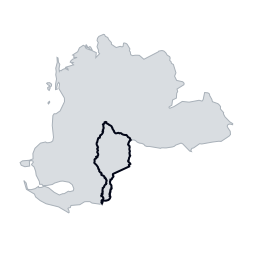 Apure highlighted on a map of Venezuela, rotated 276°
{"feature_id": "VEN-25", "entity_name": "Apure", "entity_type": "State", "adm_level": 1, "iso_a3": "VEN", "parent_name": "Venezuela", "parent_adm1": "", "projection": "equal_earth", "projection_center": [-69.326, 7.078], "detail": "fine", "context": "in_parent", "style": "outline", "palette": "ink", "viewbox_px": 256, "rotation_deg": 276, "n_neighbors": 0, "source": "natural_earth", "source_scale": "10m", "svg_char_len": 8650}
<svg xmlns="http://www.w3.org/2000/svg" viewBox="0 0 256 256"><g transform="rotate(276 128 128)"><path d="M216.1,89.5L218.6,93.9L218.4,94.9L216.8,95.9L215.9,98.4L214.0,99.5L211.3,102.5L209.5,102.8L206.8,107.8L208.4,111.7L208.0,113.6L208.7,114.6L211.9,114.7L212.2,115.8L211.8,117.4L211.2,118.4L206.9,121.6L204.8,121.3L204.0,122.3L201.2,123.0L200.4,124.9L201.1,127.4L201.5,131.6L198.0,136.6L206.8,150.0L207.7,150.6L208.6,153.7L208.3,155.6L206.8,157.7L204.6,159.3L203.3,162.0L202.0,162.6L199.6,162.4L198.4,163.9L196.9,164.4L195.9,166.5L187.9,169.9L184.4,168.9L180.4,171.4L179.7,177.6L178.4,179.1L176.9,179.1L171.9,172.7L169.4,173.6L167.7,172.8L162.8,173.0L160.5,169.4L155.3,169.2L153.3,166.7L152.4,166.7L152.0,167.5L154.1,171.5L160.1,179.2L160.1,186.1L163.0,195.8L162.5,198.8L164.1,199.8L171.3,200.5L171.3,203.9L170.3,205.5L168.9,205.8L165.2,208.4L163.0,209.2L161.6,214.9L160.4,216.5L159.0,217.8L156.6,217.9L153.3,221.5L152.1,221.4L149.3,223.2L144.8,228.5L143.3,231.7L142.2,231.7L142.6,228.9L142.1,227.4L141.0,226.6L140.0,226.5L138.8,227.2L135.4,230.0L132.2,230.6L130.4,229.3L124.4,222.0L124.3,219.6L122.9,213.7L119.8,203.0L119.9,200.9L115.1,195.4L114.4,193.6L112.4,192.8L111.2,193.6L111.5,191.8L118.0,184.0L118.5,182.3L116.0,177.3L114.6,175.9L113.8,174.2L112.2,168.1L111.8,163.5L111.2,162.5L111.9,151.2L111.6,148.7L112.1,146.8L113.4,145.5L114.1,143.5L114.2,140.8L115.0,138.5L116.3,136.8L116.8,135.1L116.2,132.3L115.0,131.1L111.1,130.3L110.1,131.1L102.9,132.7L99.4,132.7L96.7,131.9L94.6,132.2L92.2,133.7L91.0,132.8L90.1,133.3L80.7,118.3L77.2,117.9L72.5,115.8L68.8,117.5L67.3,117.7L60.7,116.9L57.0,117.6L55.5,116.9L54.5,115.7L52.8,110.8L50.3,110.0L49.3,108.0L49.6,100.0L50.8,97.8L50.4,94.2L50.1,92.5L46.7,88.1L45.0,79.4L42.8,78.9L42.2,77.0L41.5,76.7L39.7,77.9L37.8,78.3L37.4,77.9L42.3,67.2L44.1,54.5L46.6,48.3L49.8,43.3L52.5,41.9L56.4,33.4L64.9,29.9L62.6,32.5L57.6,34.1L56.4,35.2L56.5,38.0L58.0,42.0L60.6,45.1L59.4,45.5L59.9,48.3L61.1,50.3L61.2,51.5L60.2,55.4L56.3,61.4L54.2,66.7L55.8,69.8L56.0,71.4L58.9,75.3L58.6,76.9L59.9,80.1L61.9,80.5L65.8,78.5L67.9,75.1L68.4,68.7L68.0,66.4L65.6,60.8L63.9,58.6L62.5,53.8L61.8,49.4L63.0,48.3L62.8,46.0L65.6,45.4L71.5,41.6L75.2,40.7L79.4,38.7L81.2,36.1L81.8,35.9L84.0,37.4L85.1,36.9L85.5,35.7L84.9,33.3L79.9,34.2L78.7,29.5L79.8,25.7L82.4,24.3L84.3,26.5L85.6,33.3L87.4,36.8L92.7,36.1L98.1,37.6L103.8,42.5L105.5,47.5L104.8,48.8L105.2,51.0L106.0,53.1L107.3,54.5L110.9,54.9L122.6,52.4L132.5,52.0L134.4,53.0L134.6,54.9L137.9,58.7L147.5,62.1L151.2,61.6L160.0,55.1L164.8,55.3L166.1,54.3L164.4,53.3L160.4,52.9L159.3,53.6L158.6,51.9L164.2,51.4L169.3,51.8L173.3,50.6L176.6,50.7L179.9,49.9L186.0,50.8L190.8,50.0L190.3,51.1L186.1,52.0L184.2,53.5L180.0,53.2L177.1,53.8L178.0,54.2L178.0,55.8L178.8,56.2L180.1,58.2L180.5,59.8L179.4,62.4L180.6,62.1L181.3,61.3L181.3,59.5L182.0,59.8L185.1,67.3L186.4,65.5L187.3,66.6L187.3,63.7L188.3,63.8L190.6,65.7L192.9,70.0L192.5,66.7L194.4,66.7L194.8,65.3L198.6,70.0L202.6,71.3L205.6,74.9L204.9,76.6L203.2,77.5L202.5,78.6L201.2,84.2L199.6,88.6L194.6,88.6L198.9,92.0L200.3,90.6L202.4,90.5L205.6,88.7L209.9,89.5L211.7,88.1L214.1,88.3L216.1,89.5ZM164.5,43.0L164.9,45.4L163.6,47.4L161.8,47.5L160.4,46.1L159.6,46.4L157.1,45.7L157.8,44.5L159.6,43.8L161.0,45.3L162.1,45.4L162.4,44.2L163.9,42.4L164.5,43.0ZM204.7,82.3L202.1,84.1L201.9,82.3L204.0,80.1L204.9,81.4L204.7,82.3ZM146.3,47.1L145.6,47.5L143.6,46.5L144.1,45.9L145.1,45.9L146.3,47.1ZM205.2,78.9L203.6,79.5L204.1,78.1L205.7,77.4L206.4,77.7L205.2,78.9Z" fill="#d9dde1" stroke="#a8b0b8" stroke-width="1"/><path d="M51.3,110.4L50.6,110.2L50.3,110.1L50.9,109.7L51.1,109.5L51.3,109.3L51.6,109.3L52.3,109.5L52.6,109.5L53.1,109.3L53.3,109.4L53.5,109.6L53.7,109.9L53.8,110.0L54.3,110.4L54.7,110.7L55.3,110.9L55.5,110.9L55.9,110.8L56.0,110.7L56.6,110.2L57.0,110.0L57.2,109.9L57.3,109.8L57.5,109.4L57.8,108.6L57.7,108.5L57.9,108.4L58.2,108.5L59.0,108.8L59.3,109.3L59.4,109.5L59.6,109.5L60.2,109.6L60.4,109.6L60.6,109.5L60.6,109.3L60.9,109.5L61.0,109.5L61.3,109.3L61.5,109.3L61.9,109.5L62.0,109.5L62.3,109.5L62.4,109.3L62.7,109.1L62.9,109.1L63.4,109.2L64.4,109.1L64.9,109.2L65.4,109.4L65.7,109.2L66.0,109.5L66.3,109.9L66.5,110.1L66.8,110.2L67.1,110.5L67.3,110.5L67.6,110.4L68.2,110.6L68.7,110.9L69.3,111.3L69.7,111.9L69.9,111.8L70.2,111.9L70.4,112.1L70.7,112.3L70.9,112.2L71.5,111.9L72.2,112.0L72.9,112.2L73.5,112.3L74.0,112.1L74.3,111.5L74.5,111.4L74.8,111.5L75.1,111.4L75.3,111.2L75.6,110.8L75.7,110.5L75.9,110.6L76.0,110.6L76.2,110.1L76.2,109.8L76.4,109.7L76.7,109.7L77.0,109.7L77.5,109.3L77.8,108.8L78.1,108.1L78.4,106.8L78.5,106.5L79.2,106.3L79.3,106.3L79.6,106.5L80.0,106.5L80.3,106.3L80.6,106.1L80.8,105.8L80.8,105.4L81.0,105.0L81.3,104.6L81.6,104.4L82.2,103.8L82.4,103.8L83.1,103.8L83.3,103.8L83.5,103.6L84.1,102.9L84.3,102.8L84.6,102.9L84.8,102.7L85.2,102.4L85.4,102.4L85.7,102.3L86.0,102.2L88.1,100.3L89.6,98.3L89.9,98.1L90.2,98.1L90.9,98.3L91.4,98.3L93.0,98.0L93.3,98.1L93.8,98.5L94.0,98.6L94.2,99.2L94.3,99.3L94.8,99.5L95.1,99.8L95.2,99.7L95.3,99.6L95.9,99.5L96.1,99.4L96.4,99.9L96.6,100.3L96.5,100.6L96.8,100.6L97.3,101.0L98.2,101.2L99.4,100.9L99.6,100.8L99.8,100.6L100.5,100.0L100.7,99.9L101.6,100.0L101.9,100.1L102.4,100.5L102.7,100.5L103.0,100.3L103.5,99.8L103.8,99.6L104.0,99.5L104.3,99.7L104.6,100.0L104.9,100.0L105.2,99.9L105.5,99.9L105.6,100.1L105.8,100.2L106.1,100.0L106.5,99.6L106.9,99.5L107.1,99.4L107.3,99.1L107.8,98.9L108.2,98.6L108.5,98.5L109.8,98.4L110.1,98.5L110.5,98.8L110.8,98.9L111.1,98.8L111.7,99.0L113.0,99.1L113.6,99.3L113.9,99.4L114.2,99.5L114.5,99.4L114.6,99.6L115.0,99.8L115.3,100.1L115.4,100.4L115.3,100.7L115.4,100.9L115.5,100.9L115.8,100.9L116.2,101.1L116.3,101.1L116.8,101.1L117.1,101.0L117.3,101.0L118.1,101.4L118.2,101.6L118.3,102.0L118.5,102.2L119.0,102.5L119.4,102.9L119.6,103.0L120.2,103.2L120.5,103.4L120.7,103.5L121.1,103.5L121.6,103.1L121.9,103.0L122.4,103.6L122.7,103.5L123.0,103.3L123.3,103.2L123.4,103.3L123.5,103.4L124.9,103.7L125.2,103.6L125.3,103.6L125.4,103.8L125.5,103.8L125.8,103.8L127.1,103.3L127.4,103.3L127.7,103.3L127.8,103.3L128.3,103.1L128.6,103.1L128.7,102.8L128.8,102.7L129.1,102.8L129.3,103.2L129.6,103.4L129.7,103.5L129.9,104.0L130.3,104.2L130.7,104.3L131.2,104.1L131.3,104.2L131.6,104.7L131.7,105.0L131.7,105.3L131.6,105.7L131.4,105.7L131.1,105.9L130.5,106.3L130.3,106.6L130.1,107.0L130.0,107.5L129.8,107.8L129.6,108.4L129.5,108.5L129.1,108.9L129.1,109.0L128.9,109.7L128.1,111.3L127.8,111.6L127.5,111.8L127.0,111.9L126.8,112.0L126.5,112.4L126.4,112.5L126.2,112.6L125.7,112.6L125.4,112.8L124.7,113.5L124.1,113.8L123.9,113.9L123.7,114.2L123.6,114.4L123.3,114.5L122.7,114.6L121.6,115.8L121.4,116.3L121.5,117.0L121.8,117.8L122.1,118.6L122.2,119.0L122.1,119.4L121.9,119.7L121.8,120.1L122.0,120.3L122.1,120.7L122.1,121.4L122.0,121.9L121.8,122.2L121.5,122.4L121.3,122.8L120.9,124.0L120.7,126.0L120.7,126.3L120.9,126.7L120.9,126.9L120.8,127.2L120.6,127.5L120.4,127.8L119.8,128.2L119.7,128.3L119.4,128.7L119.2,128.8L118.9,129.0L118.7,129.7L118.3,130.6L118.1,130.9L117.9,131.1L117.7,131.1L117.3,131.1L117.1,131.2L117.0,131.3L116.8,131.7L116.6,131.9L116.1,131.9L115.7,131.5L115.4,131.0L115.0,130.7L112.9,130.0L111.9,129.9L111.7,129.8L111.4,130.0L111.2,130.3L111.0,130.5L110.9,130.5L110.7,130.5L110.5,130.8L110.4,131.0L110.3,131.3L110.0,131.4L109.5,131.6L109.0,131.7L107.3,131.5L106.7,131.6L105.2,132.3L104.7,132.3L103.8,132.0L103.5,132.0L103.2,132.0L102.2,132.4L101.4,132.4L101.3,132.5L100.9,133.0L100.7,133.1L100.4,133.0L99.8,132.7L99.6,132.6L99.3,132.5L98.4,132.2L98.1,132.1L97.3,132.2L97.0,132.1L96.7,132.0L96.3,131.9L96.1,132.0L95.6,131.6L95.3,131.6L95.0,131.6L94.7,131.7L94.4,132.2L94.1,132.4L93.3,133.5L92.5,134.1L92.2,133.8L91.6,132.9L91.4,132.7L91.0,132.8L90.4,133.2L90.0,133.3L89.9,133.3L81.1,118.5L80.7,117.9L80.3,117.8L79.8,117.9L79.3,118.0L78.6,118.6L78.1,118.6L76.7,117.7L76.4,117.4L76.2,117.3L75.9,117.4L75.6,117.3L75.4,117.2L74.7,116.0L74.7,115.9L74.4,115.9L74.1,116.1L73.8,116.1L73.3,115.9L73.1,115.7L72.6,115.7L71.8,115.9L71.2,116.0L70.7,116.2L70.4,116.2L70.3,116.3L70.2,116.5L69.5,117.3L68.8,117.6L68.1,117.7L67.2,117.6L66.9,117.9L66.8,118.0L66.5,118.1L66.4,118.1L66.1,117.9L65.5,117.8L65.3,117.7L65.2,117.5L65.2,117.1L64.9,117.0L64.3,117.1L64.1,117.1L63.7,116.9L63.4,116.9L63.2,116.9L62.9,117.2L62.7,117.2L62.5,116.9L62.2,116.8L61.9,116.9L61.9,117.0L61.6,116.9L61.5,116.7L61.4,116.7L61.2,116.9L60.9,116.8L60.8,116.6L60.7,116.5L60.2,116.5L60.0,116.9L59.6,116.8L59.3,116.8L59.0,116.9L58.6,116.9L58.7,117.2L58.6,117.3L58.4,117.3L57.8,117.7L57.6,117.7L57.2,117.7L55.7,117.2L55.2,116.7L54.7,116.4L54.5,116.2L54.3,115.9L53.5,114.0L53.4,113.5L53.3,112.9L53.3,112.4L53.3,112.2L53.4,111.5L53.4,111.4L52.8,110.6L52.4,110.4L51.3,110.4Z" fill="none" stroke="#020617" stroke-width="2"/></g></svg>